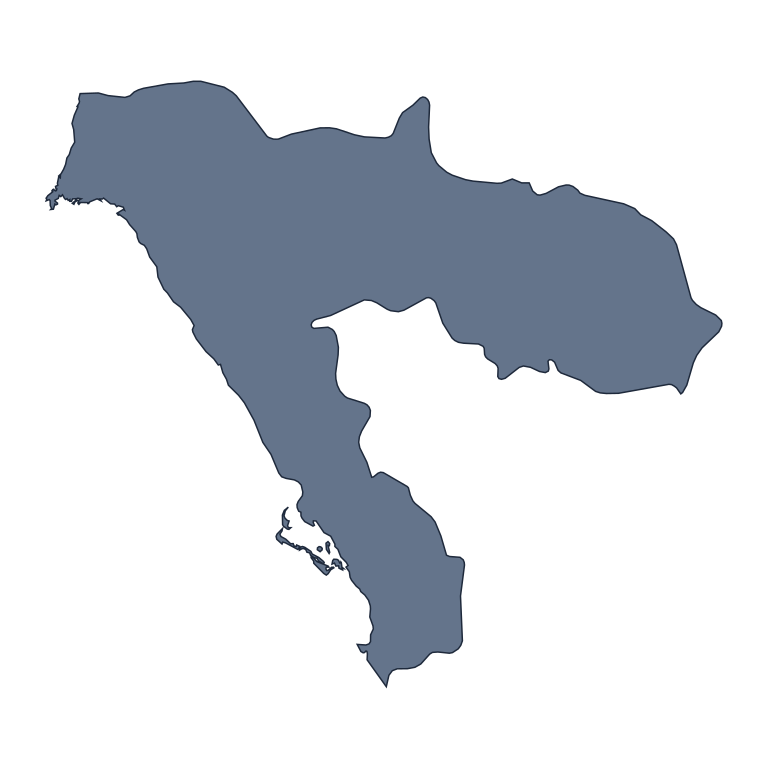 the border of Tabuk
{"feature_id": "SAU-848", "entity_name": "Tabuk", "entity_type": "Region", "adm_level": 1, "iso_a3": "SAU", "parent_name": "Saudi Arabia", "parent_adm1": "", "projection": "orthographic", "projection_center": [36.673, 26.762], "detail": "fine", "context": "isolated", "style": "filled", "palette": "slate", "viewbox_px": 768, "rotation_deg": 0, "n_neighbors": 0, "source": "natural_earth", "source_scale": "10m", "svg_char_len": 6035}
<svg xmlns="http://www.w3.org/2000/svg" viewBox="0 0 768 768"><path d="M386.3,686.7L367.1,659.8L367.4,653.7L366.9,651.4L366.0,651.0L364.4,652.6L363.1,652.8L360.9,651.5L357.2,644.4L365.9,645.0L369.0,643.9L370.5,641.6L370.6,634.8L373.3,629.0L373.0,625.9L369.8,617.0L370.5,608.9L370.3,605.8L368.5,600.2L364.8,595.0L360.8,591.6L359.7,589.0L356.2,586.1L351.6,580.3L350.1,577.3L349.3,571.7L346.0,567.1L348.1,565.5L346.3,562.4L340.8,556.8L337.9,549.3L334.9,546.5L334.9,544.1L330.7,536.2L324.0,532.6L316.1,521.0L313.4,520.8L313.2,522.4L314.4,525.3L313.0,526.1L304.7,521.6L302.0,518.1L301.0,515.9L300.9,512.2L298.7,511.2L297.2,507.7L297.0,504.6L298.2,501.5L302.4,495.7L302.8,492.0L301.2,485.0L298.3,481.9L294.4,479.9L286.1,478.4L281.7,476.8L278.8,473.0L271.0,454.4L262.9,442.5L254.0,420.2L244.4,402.8L238.6,395.3L228.4,385.2L226.5,379.3L222.9,372.8L220.5,364.4L218.3,365.0L213.8,358.8L206.0,351.6L196.3,338.9L192.9,332.1L192.4,329.7L194.1,325.5L190.7,319.4L180.6,307.2L173.5,301.8L167.4,292.9L163.8,289.2L158.0,277.1L156.8,266.8L149.7,257.1L146.7,248.8L144.3,245.3L140.7,243.5L139.1,241.9L137.4,237.5L136.9,233.6L135.8,231.6L129.6,224.6L126.6,219.8L119.0,214.2L119.0,215.1L118.2,215.1L116.9,213.3L123.2,209.5L124.5,210.2L123.3,207.2L118.3,205.7L116.7,206.7L114.7,204.1L110.6,203.8L103.6,198.1L102.4,199.0L99.8,198.9L101.1,200.9L97.1,198.8L89.8,201.8L88.6,203.5L87.8,203.5L87.8,202.6L80.5,202.5L78.9,204.4L78.0,203.4L78.0,202.4L78.9,202.4L78.5,200.5L81.3,198.8L77.8,198.2L76.4,198.7L77.3,200.6L75.0,201.9L73.9,204.3L72.3,203.3L75.6,200.5L75.7,198.7L72.6,198.9L71.5,201.3L69.8,201.3L69.8,199.5L68.2,200.4L67.0,198.6L65.7,199.5L64.6,198.6L62.5,194.8L60.8,196.6L59.2,195.4L58.3,198.4L55.0,200.2L55.0,201.1L57.5,203.1L57.5,204.1L55.9,204.9L54.9,204.0L53.4,209.2L50.7,209.5L51.6,208.5L50.3,205.6L50.1,200.6L49.2,199.6L46.2,200.8L46.8,199.2L46.1,198.2L47.9,195.6L52.7,191.8L51.9,190.9L52.8,189.6L54.3,189.0L53.5,189.9L55.7,190.9L56.4,190.5L56.8,189.1L56.1,189.1L55.5,186.4L57.8,185.3L57.4,183.2L58.7,176.9L60.3,177.9L60.4,176.0L59.4,176.8L58.7,176.0L61.1,173.7L63.6,169.3L65.6,164.4L66.9,158.0L69.3,154.5L71.2,148.1L74.7,142.2L73.7,129.6L72.0,123.5L74.3,115.2L77.8,107.2L77.8,106.4L77.1,106.4L79.2,102.9L79.5,101.3L78.8,98.9L80.1,93.6L98.4,93.0L108.1,95.6L125.0,97.4L130.1,95.8L134.2,92.0L138.4,89.9L143.5,88.3L168.0,83.9L183.8,83.0L193.2,81.3L200.9,81.3L224.2,87.2L232.4,92.3L236.3,95.8L266.9,136.2L268.5,137.4L273.4,139.1L276.3,139.2L278.3,139.1L291.4,134.1L320.1,127.9L329.5,127.8L336.4,128.8L354.5,134.8L364.5,136.9L385.1,138.0L388.4,137.2L391.3,135.7L393.2,133.4L399.3,118.1L402.6,112.6L412.9,105.2L420.2,98.1L422.8,97.0L425.4,97.6L427.6,99.5L429.0,102.1L429.6,105.2L428.6,127.1L429.1,139.1L431.3,152.7L436.6,162.9L438.8,165.6L446.7,172.2L452.3,175.2L465.6,179.7L473.0,181.1L497.0,183.3L501.3,183.1L512.3,179.0L521.7,182.9L529.2,182.9L532.7,191.0L537.2,194.8L540.1,195.1L546.1,193.4L558.5,186.8L566.1,185.0L569.1,185.1L573.0,186.5L577.8,190.2L579.9,193.1L584.8,195.3L623.7,203.8L634.8,208.6L640.7,214.8L651.8,220.7L666.2,232.0L673.5,238.9L676.5,244.7L691.0,297.7L692.4,300.3L696.3,304.5L700.9,307.7L715.8,315.1L721.3,320.5L721.9,323.3L721.6,326.2L718.8,331.8L702.0,347.9L696.7,355.4L693.3,362.9L686.8,385.1L682.6,392.5L680.8,393.9L676.6,387.9L674.4,386.2L671.6,384.6L668.9,384.3L618.5,393.3L606.4,393.5L600.3,392.9L595.6,391.4L580.7,380.4L560.9,372.9L558.1,370.4L554.6,362.2L551.7,359.9L549.4,359.7L548.0,361.2L548.9,368.9L548.3,371.1L545.3,372.6L539.5,371.5L530.5,367.3L523.4,366.0L519.2,367.4L505.2,378.3L501.5,379.3L499.0,378.6L497.8,376.6L498.1,368.3L497.2,365.8L495.1,363.5L487.6,358.9L485.6,356.8L484.6,354.4L484.2,348.3L483.1,346.3L478.5,344.0L463.6,343.2L458.4,342.3L454.8,340.5L452.1,338.1L442.8,323.2L435.8,302.9L434.1,300.6L430.8,298.2L428.6,297.6L426.5,297.8L403.9,310.2L398.4,311.7L390.6,310.7L387.1,309.2L376.8,302.8L371.4,300.5L364.3,299.9L330.6,315.5L316.7,319.1L314.1,320.3L312.0,322.4L311.2,324.8L311.7,327.0L313.8,328.4L328.0,327.2L332.4,329.5L334.2,331.5L336.2,335.5L338.4,347.3L338.1,354.9L335.6,373.4L335.9,379.1L337.3,385.3L340.0,391.0L344.7,396.2L347.4,398.0L364.3,403.3L367.0,404.8L369.1,407.2L370.4,410.5L370.0,416.6L361.6,431.1L359.4,436.7L358.7,442.3L359.8,447.9L366.9,462.3L371.7,477.3L373.6,476.8L378.0,473.2L380.6,472.2L383.3,472.6L407.2,486.5L408.4,487.8L410.3,495.2L412.9,500.9L415.0,503.4L431.1,516.7L435.1,522.0L440.9,536.0L446.5,555.2L449.6,556.5L460.0,557.3L463.2,559.8L464.2,562.3L464.5,565.0L460.5,596.0L462.4,640.8L460.8,645.3L458.3,648.8L452.5,652.6L449.4,653.2L437.9,652.0L432.4,652.4L429.7,654.1L420.8,664.0L414.9,667.3L407.4,668.7L397.2,668.8L392.3,670.7L388.9,675.3L386.3,686.7ZM331.5,567.3L333.5,567.2L333.9,567.8L330.7,569.8L328.1,573.7L326.3,575.1L323.7,573.4L313.8,563.3L313.6,561.0L311.1,557.7L311.1,556.7L313.6,558.0L316.9,561.6L328.2,566.1L328.8,567.1L326.2,567.2L325.9,569.0L326.8,570.6L328.3,570.2L331.5,567.3ZM299.6,546.3L298.7,548.7L297.7,549.4L285.4,542.8L282.8,542.1L282.0,544.0L276.8,539.3L276.1,536.4L277.1,534.0L282.5,528.5L282.0,531.0L279.9,534.1L280.9,536.5L285.8,539.2L290.6,543.7L293.2,543.6L294.1,546.0L296.3,546.4L296.7,545.0L299.6,546.3ZM282.6,524.7L282.4,515.1L284.3,510.4L288.3,507.1L285.3,510.8L284.0,515.8L285.0,518.2L287.4,520.5L289.1,521.0L287.6,525.5L288.0,527.0L288.9,527.7L290.8,527.7L288.9,529.4L287.3,529.1L283.5,526.2L282.6,524.7ZM314.1,557.7L310.5,555.2L309.7,552.9L306.9,552.2L305.9,549.8L304.1,548.6L301.9,548.7L299.4,550.2L299.4,548.9L300.6,547.0L302.5,546.5L304.8,547.3L310.9,551.4L312.2,554.0L318.8,557.5L323.2,561.2L324.2,562.4L323.7,563.9L318.3,560.7L317.1,558.3L314.1,557.7ZM341.9,567.1L343.8,568.7L342.1,568.5L342.5,569.9L339.0,568.2L338.6,565.8L335.9,566.1L334.5,563.1L332.0,564.1L332.7,560.6L333.8,559.2L337.0,559.4L338.5,560.3L339.7,563.0L340.5,562.9L340.8,561.9L341.3,562.6L341.9,567.1ZM326.4,549.4L326.0,543.2L328.0,541.6L329.7,543.5L329.4,545.7L328.0,545.4L329.7,552.3L329.1,553.5L326.4,549.4ZM320.1,551.7L317.3,549.7L317.5,547.8L319.1,546.6L320.8,546.9L322.2,548.3L322.1,549.9L320.1,551.7Z" fill="#64748b" stroke="#1e293b" stroke-width="1.5"/></svg>